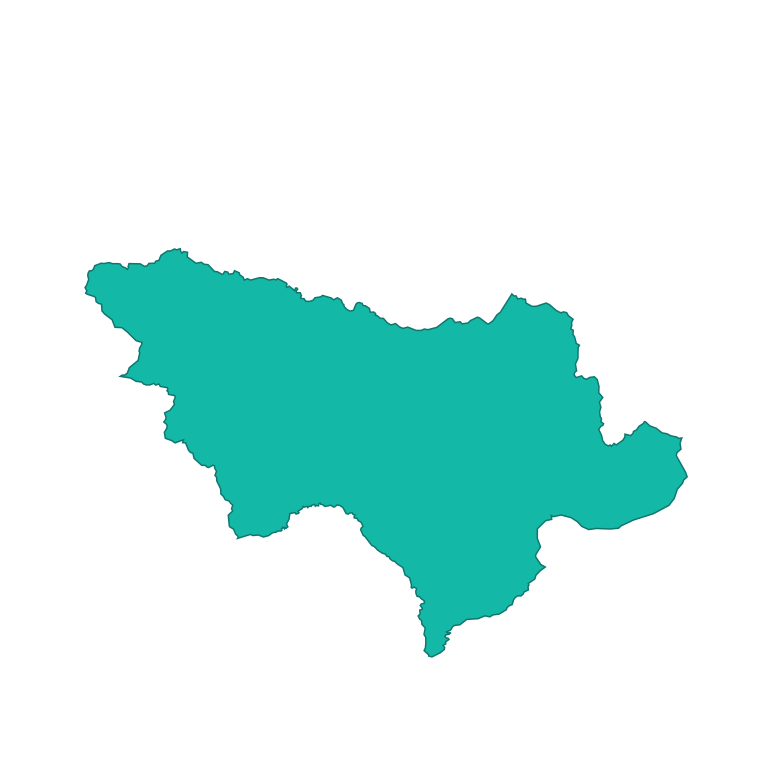 Kon Plong, Kon Tum, Vietnam, rotated 324°
{"feature_id": "81297802B37970290892439", "entity_name": "Kon Plong", "entity_type": "district", "adm_level": 2, "iso_a3": "VNM", "parent_name": "Vietnam", "parent_adm1": "Kon Tum", "projection": "orthographic", "projection_center": [108.295, 14.803], "detail": "fine", "context": "isolated", "style": "filled", "palette": "teal", "viewbox_px": 768, "rotation_deg": 324, "n_neighbors": 0, "source": "geoboundaries", "source_scale": "gbopen_adm2", "svg_char_len": 6159}
<svg xmlns="http://www.w3.org/2000/svg" viewBox="0 0 768 768"><g transform="rotate(324 384 384)"><path d="M540.4,386.3L520.4,394.3L515.9,394.5L509.5,396.9L504.1,396.9L503.0,396.0L500.3,387.1L498.9,384.9L491.2,383.5L488.0,384.1L482.5,381.2L482.2,378.4L477.6,376.1L477.7,371.4L476.3,369.7L474.3,368.9L459.9,369.2L451.5,365.9L448.9,363.2L445.5,362.5L441.5,359.5L436.6,351.9L432.1,350.2L430.1,347.0L428.9,341.9L424.3,340.3L422.6,336.3L422.1,330.6L419.7,328.7L418.5,324.3L417.4,323.3L418.6,322.0L418.1,319.9L415.1,317.8L416.6,314.3L414.9,309.7L413.1,308.1L413.7,306.0L411.8,303.4L409.9,302.7L408.4,302.9L402.5,306.5L399.5,305.1L397.8,302.0L397.2,298.0L398.1,296.4L397.8,294.5L398.7,291.0L397.0,286.9L392.6,286.2L391.9,283.4L386.3,276.2L384.0,276.3L378.8,273.6L376.1,274.5L372.4,273.5L369.3,271.0L369.5,268.0L367.3,266.1L367.1,265.0L369.1,264.1L369.9,260.9L366.9,258.7L367.8,257.0L369.9,256.6L370.0,255.2L368.8,254.4L366.6,255.9L364.8,249.1L362.3,248.9L362.2,247.7L364.2,246.2L364.4,245.1L360.4,237.1L359.6,236.2L357.8,236.4L356.5,234.5L352.0,232.3L348.8,227.2L345.9,224.9L337.1,221.5L335.5,218.6L332.0,217.8L332.8,214.8L331.5,211.0L332.2,208.9L329.7,204.5L326.9,206.0L323.1,204.1L323.3,201.5L321.3,199.3L318.5,200.5L317.4,200.0L315.2,195.3L313.0,193.3L311.8,184.1L308.8,181.3L307.7,178.1L302.9,175.9L299.5,165.5L302.5,162.0L299.8,159.1L297.5,159.3L297.4,157.4L298.7,154.8L295.1,153.6L293.9,151.6L289.5,150.9L287.0,149.1L279.2,148.8L274.5,151.7L271.8,150.5L269.3,151.4L264.8,148.3L261.8,149.1L259.3,148.0L257.5,143.6L248.5,136.7L246.1,138.5L245.7,139.7L243.6,140.4L243.2,138.2L241.1,134.9L241.1,131.9L239.8,130.5L235.0,127.0L233.1,124.3L228.2,121.9L226.3,120.1L220.4,118.5L219.6,118.3L216.0,120.5L213.9,120.5L212.1,119.3L209.5,120.6L208.0,122.3L206.5,125.9L201.3,129.4L198.8,130.3L198.4,134.0L196.0,135.1L196.7,137.0L201.3,143.3L201.3,144.8L199.5,148.2L200.4,151.0L202.4,153.4L198.8,159.1L199.1,163.1L201.8,172.3L199.7,180.0L205.1,184.4L206.9,190.9L208.9,203.2L212.6,208.0L211.2,209.6L207.5,211.3L205.2,213.4L204.7,215.2L198.9,220.4L187.6,221.1L182.6,224.4L179.2,224.3L177.4,222.9L175.1,222.8L182.5,230.2L185.0,236.1L189.0,239.8L189.6,242.9L191.3,245.2L194.4,247.3L198.1,248.1L198.7,250.7L201.9,251.6L201.6,254.5L206.5,259.6L206.2,261.2L204.4,261.9L204.8,263.5L203.6,265.8L207.8,270.3L207.4,272.0L203.4,274.5L202.4,277.4L195.4,279.5L189.5,278.4L188.0,283.1L186.3,284.5L183.5,285.3L184.4,288.9L184.0,290.3L182.4,292.1L177.9,294.0L175.2,299.4L179.0,305.0L180.3,308.8L189.0,311.3L186.6,313.1L188.9,315.0L186.9,322.7L187.2,325.6L188.7,327.8L186.6,332.4L188.7,342.6L191.5,344.8L192.2,347.6L193.1,348.5L197.9,349.2L198.8,350.5L197.6,352.4L197.2,356.1L193.5,358.7L193.8,361.0L191.8,364.0L190.2,372.8L187.4,377.1L188.0,380.6L187.5,384.2L190.0,387.9L189.8,390.2L190.5,393.0L187.2,395.5L187.0,397.8L180.9,398.6L175.6,407.6L175.2,408.7L177.0,413.0L175.8,418.3L176.3,421.2L176.0,422.3L174.8,422.8L187.5,427.2L188.8,429.5L193.7,432.4L196.5,436.9L201.7,438.9L206.3,438.8L210.0,440.6L211.2,440.3L214.2,442.3L215.3,442.4L216.1,440.8L217.2,441.0L217.8,440.3L218.6,441.5L218.3,442.6L219.6,442.1L219.8,443.2L222.3,443.0L222.9,439.9L227.7,437.6L231.6,433.5L236.2,435.5L236.4,437.5L238.5,438.3L239.6,438.1L239.6,436.4L244.6,436.7L246.7,435.6L247.0,436.7L249.8,437.7L249.7,439.2L252.3,439.0L253.1,440.2L254.6,439.7L257.0,440.6L256.6,442.5L258.0,442.6L259.4,444.1L260.9,442.6L262.3,442.8L262.1,444.0L263.6,445.8L264.2,448.3L269.8,450.9L270.7,453.6L271.6,454.4L274.9,454.3L276.8,456.3L278.2,459.7L277.2,466.6L278.7,468.3L280.6,468.3L282.5,469.5L282.3,471.0L283.5,473.0L281.6,473.9L281.2,474.9L283.2,476.8L282.8,479.4L284.1,482.1L284.0,484.0L283.2,486.9L280.8,487.2L279.4,488.2L278.2,494.3L279.0,496.4L279.2,507.3L280.6,509.9L281.3,514.9L283.2,519.9L285.1,522.5L285.1,525.2L286.6,526.8L286.1,528.8L286.9,531.9L288.5,533.9L288.9,537.1L291.4,543.7L288.8,550.9L290.8,555.9L288.2,562.5L286.3,564.8L286.8,565.7L288.9,566.0L289.9,567.9L289.8,569.1L287.9,570.3L286.7,572.4L286.0,575.2L287.7,577.1L287.9,579.7L289.1,582.8L288.0,585.0L284.7,583.9L283.1,584.5L283.2,587.9L282.6,588.7L280.0,587.9L278.1,591.3L275.3,591.7L274.7,595.3L275.3,597.4L273.4,600.8L274.0,605.5L269.1,610.2L268.9,613.5L265.8,617.9L262.4,621.8L259.7,623.3L260.9,629.2L260.3,630.5L262.4,633.0L271.7,634.5L276.7,634.2L278.2,632.8L278.1,630.1L281.2,630.6L282.3,628.8L286.4,628.9L286.5,627.5L285.0,625.7L284.9,623.9L287.0,623.4L289.4,624.7L291.4,624.5L291.3,623.8L289.3,623.1L288.9,621.3L293.5,622.2L296.6,620.7L299.0,620.7L303.9,623.4L312.6,623.1L322.3,629.2L329.4,630.9L332.8,634.6L336.6,634.9L341.8,637.8L350.4,638.5L352.1,637.2L354.9,637.0L358.0,637.8L362.1,634.7L364.6,633.9L367.4,633.9L370.2,635.9L373.0,635.8L375.2,634.6L379.7,635.5L381.4,632.6L383.0,631.9L383.5,630.2L391.4,630.4L394.6,628.0L400.4,626.9L406.9,626.9L404.7,622.1L405.1,612.7L406.8,611.1L414.9,607.8L417.2,599.1L422.9,591.3L434.5,589.6L440.1,592.1L442.0,588.8L442.9,590.8L450.3,594.1L456.9,602.2L459.5,609.1L460.3,615.5L464.1,622.1L470.9,625.7L481.8,634.3L488.9,638.5L492.4,638.1L506.0,640.7L525.9,647.3L543.2,649.7L551.5,647.2L559.5,641.5L567.1,639.8L570.0,637.8L574.7,637.3L576.1,632.6L578.3,613.9L580.5,611.7L585.9,611.3L588.7,605.9L593.2,602.7L590.5,601.3L589.6,598.9L585.6,594.5L583.7,590.6L580.3,587.1L578.2,579.8L574.4,574.1L573.4,568.5L572.6,567.5L570.6,568.4L565.5,568.1L561.3,569.6L557.9,569.0L556.5,570.3L553.3,570.8L549.5,566.2L547.7,568.5L544.1,569.9L536.0,569.8L535.2,567.3L531.4,568.1L531.1,566.3L529.0,565.8L527.5,562.8L527.6,558.4L529.8,553.4L531.1,546.8L534.8,545.7L536.8,546.1L538.3,545.2L537.3,542.0L539.6,539.8L539.8,537.5L542.1,533.1L545.7,530.5L547.6,525.3L553.1,523.5L552.6,517.3L556.4,512.5L559.1,505.7L558.4,501.8L554.3,499.6L550.7,499.3L548.9,496.8L548.7,493.6L543.3,491.8L543.1,488.3L545.4,486.6L547.5,486.6L550.6,480.3L555.9,477.3L562.5,468.6L564.9,467.5L563.4,464.2L565.9,457.9L566.0,455.0L568.7,451.8L567.5,449.2L570.4,447.0L571.7,444.5L575.0,442.8L573.3,437.1L573.7,433.6L571.5,431.1L569.2,430.5L567.8,428.4L566.5,425.6L564.5,417.0L562.7,413.8L553.0,410.7L549.4,408.2L546.4,401.9L548.3,398.5L546.5,397.2L545.4,395.2L542.1,393.7L542.7,390.5L540.8,388.9L540.4,386.3Z" fill="#14b8a6" stroke="#0f766e" stroke-width="1.5"/></g></svg>